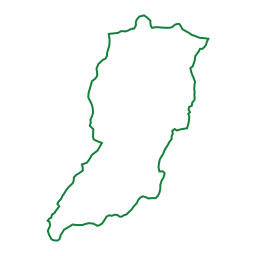 Avanhandava, São Paulo, Brazil (Mercator projection)
{"feature_id": "56859067B79677871245441", "entity_name": "Avanhandava", "entity_type": "district", "adm_level": 2, "iso_a3": "BRA", "parent_name": "Brazil", "parent_adm1": "São Paulo", "projection": "mercator", "projection_center": [-49.949, -21.468], "detail": "fine", "context": "isolated", "style": "outline", "palette": "green", "viewbox_px": 256, "rotation_deg": 0, "n_neighbors": 0, "source": "geoboundaries", "source_scale": "gbopen_adm2", "svg_char_len": 2401}
<svg xmlns="http://www.w3.org/2000/svg" viewBox="0 0 256 256"><path d="M208.3,38.8L205.3,38.3L199.7,37.8L196.7,36.7L194.7,35.8L191.7,34.9L189.0,32.9L186.2,31.4L182.4,29.2L180.9,26.2L179.3,24.0L177.2,23.9L174.9,24.8L172.2,27.0L170.3,27.7L166.2,27.8L162.2,27.6L159.5,27.3L157.4,27.2L154.9,27.3L152.1,27.9L150.9,26.0L150.4,23.5L150.4,20.8L147.4,17.8L144.1,15.4L139.4,16.5L136.8,19.5L135.8,22.2L135.9,25.4L134.1,28.6L131.0,28.9L128.7,30.3L125.6,31.4L121.2,31.1L118.1,32.9L108.8,33.9L109.1,36.3L109.6,39.8L109.5,43.0L109.1,46.5L108.3,48.8L107.2,52.6L106.9,56.1L105.3,58.8L102.9,59.8L98.4,64.1L96.5,68.5L97.3,74.1L96.8,76.6L95.0,78.9L92.0,81.1L88.5,93.4L88.3,97.5L89.9,100.6L91.6,104.0L92.5,107.1L92.8,109.5L93.1,112.7L91.9,116.5L90.4,119.8L90.8,122.4L89.8,125.8L93.3,129.2L93.1,134.4L93.0,136.9L93.5,139.1L95.4,140.4L101.9,143.0L97.5,150.6L92.0,154.8L89.8,158.6L88.3,160.9L86.6,162.9L81.9,164.4L82.7,167.3L82.8,170.5L78.9,173.4L76.5,174.7L73.9,177.2L73.7,180.5L72.9,183.0L68.4,187.3L65.8,190.8L64.5,193.0L62.5,195.8L61.0,199.1L58.5,201.6L57.4,203.6L59.2,206.4L55.7,211.0L54.6,212.9L52.0,214.6L51.2,217.7L49.1,218.8L47.7,220.8L49.5,221.9L50.1,225.6L47.8,230.9L49.1,234.8L51.5,239.3L53.7,240.3L57.5,240.6L59.6,239.0L60.7,235.0L62.7,232.0L63.8,230.0L66.0,228.5L68.9,226.9L70.8,225.7L72.5,224.5L76.1,225.0L79.4,225.1L82.4,225.0L85.6,223.9L88.8,223.2L92.8,223.5L95.5,224.7L97.3,225.8L99.4,225.2L102.0,223.6L103.8,221.2L105.0,219.2L106.7,216.5L109.2,215.3L111.8,215.8L114.6,214.7L117.4,214.9L119.6,216.7L121.9,216.6L123.6,215.3L126.6,214.4L128.9,212.0L131.3,209.9L133.5,206.7L136.7,203.2L138.4,199.7L140.3,197.7L142.8,196.3L145.9,197.2L148.4,198.5L151.3,198.1L155.7,198.1L157.9,195.8L159.3,193.1L160.3,188.9L160.3,184.9L161.7,180.5L163.5,177.6L164.7,173.3L162.8,171.3L159.5,171.5L158.5,167.5L159.0,163.0L159.9,159.2L161.7,156.2L163.3,153.5L165.1,149.1L167.4,145.7L169.3,142.2L171.6,139.0L171.7,135.9L172.8,133.9L172.2,131.0L174.6,129.0L177.0,130.5L179.3,129.7L183.1,128.9L187.0,128.3L188.3,124.1L189.0,120.2L189.3,116.7L188.3,113.8L190.0,112.2L188.6,109.8L189.0,107.1L191.8,105.7L192.3,102.5L194.4,100.1L194.7,97.4L194.3,94.8L194.7,92.4L194.2,89.3L194.5,84.7L195.1,81.7L194.1,79.4L193.3,77.1L192.1,74.5L191.0,71.1L190.4,68.1L192.7,66.4L193.9,63.0L194.9,59.8L195.2,56.3L196.7,54.2L198.8,51.3L200.0,48.8L202.2,48.9L204.4,47.1L206.1,44.8L206.7,42.2L208.3,38.8Z" fill="none" stroke="#15803d" stroke-width="2"/></svg>